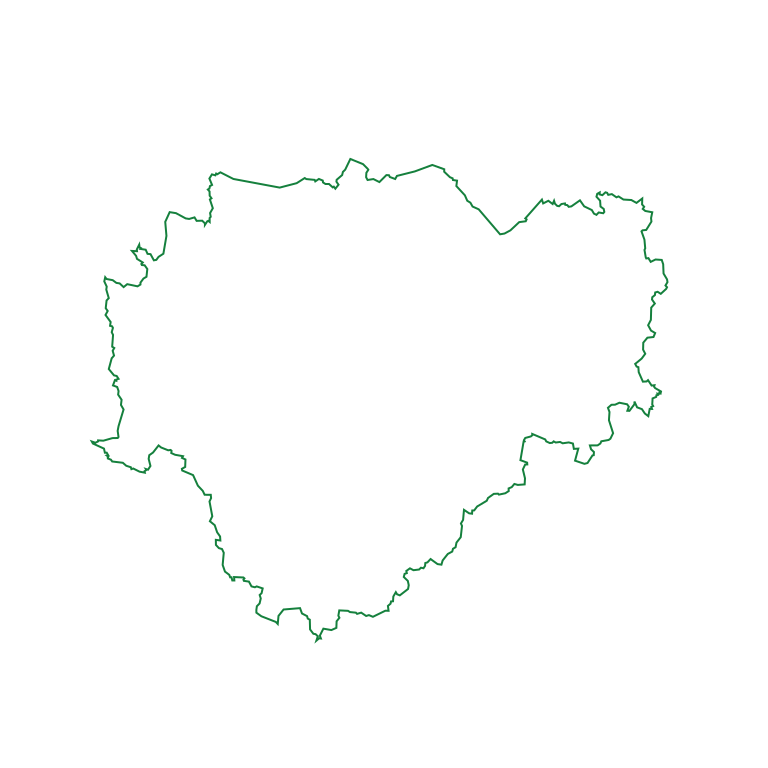 Villa Purificación, Jalisco, Mexico, rotated 169°
{"feature_id": "50627088B43158791534375", "entity_name": "Villa Purificación", "entity_type": "district", "adm_level": 2, "iso_a3": "MEX", "parent_name": "Mexico", "parent_adm1": "Jalisco", "projection": "orthographic", "projection_center": [-104.744, 19.824], "detail": "fine", "context": "isolated", "style": "outline", "palette": "green", "viewbox_px": 768, "rotation_deg": 169, "n_neighbors": 0, "source": "geoboundaries", "source_scale": "gbopen_adm2", "svg_char_len": 6133}
<svg xmlns="http://www.w3.org/2000/svg" viewBox="0 0 768 768"><g transform="rotate(169 384 384)"><path d="M665.6,359.8L655.4,356.5L652.6,352.9L648.4,350.6L648.2,348.6L646.3,348.9L640.7,344.6L635.7,342.6L635.8,344.0L633.6,345.0L634.0,346.0L632.0,344.9L628.9,348.1L629.3,355.4L628.0,358.9L623.8,360.8L617.0,366.7L614.9,364.2L608.5,360.1L606.1,360.0L605.3,359.0L606.0,356.8L602.6,354.4L595.1,351.5L596.4,350.0L593.3,347.8L595.0,340.5L598.6,339.3L598.6,337.6L588.8,331.0L586.1,319.7L582.3,313.7L581.2,309.5L575.2,308.3L575.5,305.0L577.7,302.0L577.8,286.9L581.1,282.5L577.1,277.7L576.1,270.3L574.0,265.6L574.5,261.6L578.8,263.1L579.7,258.1L577.4,254.4L574.5,252.9L573.5,248.9L576.9,237.2L575.9,230.2L572.3,226.2L571.9,223.6L570.6,223.4L570.4,220.1L568.4,219.7L568.0,223.1L558.9,220.9L558.1,219.8L559.3,218.8L559.1,217.5L554.3,215.8L552.7,210.6L549.5,209.1L547.6,209.6L542.1,206.5L544.1,202.0L546.3,200.6L545.9,197.0L548.0,192.3L551.2,190.1L552.4,186.6L552.9,183.9L548.7,179.4L535.6,171.1L534.1,168.7L531.8,176.5L525.6,181.8L509.2,180.0L508.3,174.4L503.8,170.8L503.6,168.3L501.8,166.8L503.4,157.2L501.0,152.3L498.9,151.5L497.1,149.0L499.3,145.0L496.3,146.7L494.5,146.2L495.0,149.2L490.2,155.4L482.6,152.5L477.3,153.7L475.8,160.1L472.4,163.0L473.0,165.3L471.1,170.3L462.6,168.2L460.9,166.6L455.2,164.9L454.3,163.5L450.0,163.9L445.8,159.7L442.9,160.0L439.3,157.6L425.9,161.2L422.8,160.5L422.5,165.4L419.5,167.1L418.6,169.2L416.6,169.0L415.4,173.6L412.1,177.4L411.3,175.1L408.8,173.5L399.5,178.2L398.1,181.8L398.2,186.2L401.4,190.8L400.0,193.7L397.7,194.0L397.8,196.2L393.7,198.1L390.6,195.6L384.9,195.2L382.8,196.6L380.4,195.6L378.4,197.6L377.6,200.4L375.4,200.6L371.7,203.3L365.8,197.0L362.1,195.7L360.1,199.6L353.8,205.0L349.0,206.5L347.7,209.1L344.9,210.1L343.1,214.5L337.9,219.0L334.5,229.8L335.1,232.4L332.3,235.5L329.5,245.2L325.1,240.8L322.3,239.9L321.5,243.0L319.6,242.7L315.9,246.0L305.4,249.8L303.6,252.3L297.2,255.2L293.0,254.6L292.3,253.5L285.8,253.6L282.0,255.1L281.6,257.7L278.3,258.4L275.1,261.0L271.9,259.4L265.1,258.6L263.6,264.5L264.0,273.6L260.8,278.0L258.7,277.7L258.5,279.5L264.6,283.2L258.0,300.7L256.9,300.8L257.4,302.1L255.6,304.1L249.9,304.5L248.2,305.4L248.0,306.7L236.3,298.8L235.7,296.7L232.5,294.4L230.0,294.2L228.4,295.3L226.6,293.8L222.2,293.5L219.9,291.7L213.8,291.4L209.9,289.5L210.0,284.1L205.6,283.5L211.1,272.3L202.5,267.4L199.3,267.6L193.0,274.1L191.7,274.1L190.9,277.2L193.2,280.4L193.6,284.4L186.0,283.0L183.0,284.3L181.6,286.3L174.2,286.2L172.2,287.1L168.5,292.0L170.1,305.5L168.0,313.5L168.7,317.9L164.7,320.2L161.1,319.6L156.5,320.7L149.2,317.7L148.0,315.0L150.2,311.3L148.2,310.8L142.0,316.4L141.5,319.0L140.0,312.8L135.6,310.1L133.6,305.3L130.7,302.0L127.9,308.9L125.7,308.4L126.1,310.4L124.0,311.0L124.6,312.7L123.1,318.6L119.3,319.4L118.7,321.0L117.3,321.0L117.4,322.3L116.1,321.7L115.3,323.1L114.3,322.0L113.5,323.8L118.6,328.2L119.4,329.8L118.7,331.2L121.6,331.4L124.1,337.4L125.7,336.4L129.4,336.9L131.7,347.0L131.1,352.0L132.7,352.9L133.6,355.8L126.2,359.8L121.8,363.8L123.1,368.3L121.6,375.1L116.6,379.2L110.5,378.7L108.1,382.3L111.7,385.5L113.5,391.3L109.8,396.0L107.1,408.0L102.8,411.3L104.8,415.8L104.1,418.0L101.1,419.6L100.3,422.1L97.8,422.3L95.1,419.7L88.9,423.5L87.7,425.0L88.9,427.0L86.3,429.9L86.2,432.7L88.5,439.1L87.1,448.3L87.7,452.8L93.7,454.4L98.9,453.0L100.4,457.1L102.6,457.2L102.9,458.5L102.7,465.9L101.7,467.3L100.8,476.0L102.1,484.7L100.9,485.5L97.2,485.2L90.5,492.4L90.2,495.9L87.9,501.4L94.5,504.0L96.6,506.5L94.8,508.3L96.4,511.0L95.1,516.8L101.6,513.6L106.1,517.4L113.8,519.4L118.0,523.4L120.2,522.9L124.1,526.9L127.8,526.9L128.5,529.1L130.0,529.9L133.6,527.7L136.2,529.0L135.7,530.9L138.4,530.0L139.7,527.3L136.9,522.7L137.6,516.9L134.9,513.9L134.9,510.9L136.2,509.8L140.5,511.4L143.2,509.5L145.4,511.2L146.8,515.1L153.6,520.2L156.6,526.9L166.2,522.6L168.9,522.7L169.9,524.6L171.9,525.3L171.9,526.7L175.5,526.8L178.2,525.1L180.0,525.8L181.8,528.4L182.1,531.4L184.1,528.5L187.7,532.5L193.3,530.9L193.8,534.9L213.7,519.6L212.6,518.4L213.8,516.7L220.4,517.1L230.6,510.7L237.0,508.7L241.5,508.8L257.7,537.4L263.2,541.3L264.6,545.5L267.3,548.0L268.6,553.8L275.2,564.5L273.5,569.7L277.4,571.1L277.4,572.8L279.8,574.4L284.4,580.9L283.9,583.3L294.8,589.8L313.2,586.8L331.6,585.8L333.9,583.1L338.8,586.1L339.3,588.0L341.8,588.6L350.0,583.1L355.3,587.2L361.2,587.4L362.1,590.4L361.0,594.7L358.5,597.3L359.0,598.4L362.6,603.8L374.1,611.3L381.2,601.8L383.9,600.0L385.2,597.1L391.5,593.5L392.1,591.7L390.6,588.3L394.5,585.0L395.6,587.3L396.8,586.8L399.8,590.8L403.3,591.5L405.4,593.5L405.3,595.4L408.8,597.7L412.8,596.0L413.1,597.6L421.2,600.0L422.5,601.3L431.4,597.8L448.9,596.7L492.7,614.0L504.2,623.0L507.6,621.7L508.6,622.6L509.7,621.0L512.9,622.6L516.2,619.0L514.8,612.2L517.1,611.5L518.1,609.2L519.8,608.5L518.5,606.3L519.2,602.1L517.9,599.2L519.7,598.4L518.5,589.2L522.1,585.0L522.2,581.2L523.5,580.2L524.2,576.3L525.4,577.7L526.5,577.4L529.4,574.4L529.1,575.8L531.3,579.0L536.8,579.9L538.2,583.7L543.8,583.2L547.1,584.4L555.6,591.4L561.6,593.6L567.8,584.9L569.3,570.9L575.7,554.0L581.1,551.8L583.8,549.3L586.3,549.3L588.4,556.0L591.3,556.9L592.3,561.3L597.4,563.1L596.7,563.8L597.9,564.7L597.7,567.5L601.0,563.2L601.1,561.5L606.0,562.7L602.9,557.1L602.6,554.0L597.6,549.3L599.3,548.1L599.0,547.0L596.3,546.2L594.4,542.0L596.7,534.6L600.0,533.4L603.7,530.0L604.1,528.1L607.3,526.9L617.0,531.0L621.1,528.8L624.3,533.2L627.4,534.3L630.5,537.7L636.3,540.0L637.3,542.0L639.0,538.1L637.6,532.5L638.6,529.7L637.8,520.8L640.4,518.9L642.7,511.5L641.3,508.4L644.2,504.9L640.5,497.0L641.8,493.4L639.9,492.5L639.4,490.8L641.4,486.8L640.6,483.9L643.7,472.5L641.9,470.8L644.0,468.4L643.6,463.4L646.4,461.2L651.3,451.2L647.4,444.0L644.9,442.9L643.6,439.7L645.9,439.4L646.1,438.3L647.4,439.1L650.3,434.3L646.5,432.0L645.9,427.7L647.0,424.3L644.6,418.6L646.2,413.6L644.5,408.7L652.6,393.3L654.4,388.8L654.7,382.7L655.7,381.8L660.9,382.7L670.3,381.9L675.4,383.2L675.6,382.2L678.5,381.4L681.8,383.3L681.1,381.1L671.2,374.0L671.1,369.8L669.3,369.5L668.3,366.6L669.7,366.6L667.9,364.6L669.1,365.3L669.3,363.6L666.5,361.8L665.6,359.8Z" fill="none" stroke="#15803d" stroke-width="2"/></g></svg>